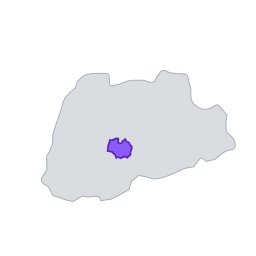 Athang, Wangdi Phodrang, Bhutan shown in context, rotated 343°
{"feature_id": "84629894B35951750591258", "entity_name": "Athang", "entity_type": "district", "adm_level": 2, "iso_a3": "BTN", "parent_name": "Bhutan", "parent_adm1": "Wangdi Phodrang", "projection": "equal_earth", "projection_center": [90.199, 27.286], "detail": "fine", "context": "in_parent", "style": "filled", "palette": "violet", "viewbox_px": 256, "rotation_deg": 343, "n_neighbors": 0, "source": "geoboundaries", "source_scale": "gbopen_adm2", "svg_char_len": 5233}
<svg xmlns="http://www.w3.org/2000/svg" viewBox="0 0 256 256"><g transform="rotate(343 128 128)"><path d="M199.7,108.0L199.4,109.7L197.7,114.5L196.7,119.6L197.6,123.8L201.3,128.9L206.4,132.9L212.7,133.2L218.6,131.7L220.9,132.3L224.2,139.0L226.4,144.8L223.4,150.8L221.8,156.1L221.2,159.9L221.6,161.5L223.5,164.5L225.7,169.7L226.0,174.4L224.7,177.6L221.6,179.2L218.4,178.7L215.7,178.8L212.4,179.3L207.2,181.1L202.4,183.3L193.3,182.9L189.6,178.2L187.9,178.2L179.7,184.3L170.7,183.2L154.3,185.2L147.4,185.7L140.4,185.0L136.8,183.8L130.2,179.5L124.2,176.4L118.1,179.2L116.0,179.7L111.1,187.1L100.4,189.5L89.9,191.3L86.7,190.3L80.8,189.8L80.6,188.1L80.7,186.5L79.4,185.1L77.0,183.8L72.8,183.2L67.5,181.4L64.4,179.7L53.6,182.2L47.3,178.4L40.1,173.1L36.5,170.8L35.2,162.6L33.9,159.9L31.1,157.1L29.6,153.9L30.8,150.5L38.0,144.3L38.6,142.8L41.9,131.2L46.5,127.0L51.1,121.1L54.5,111.8L61.1,102.2L68.4,92.4L73.4,84.4L76.7,80.7L83.5,76.7L89.2,74.4L93.1,69.0L97.9,66.1L102.8,64.7L110.0,65.5L116.8,67.4L124.3,70.0L125.2,72.2L124.5,75.9L123.4,79.8L123.4,81.8L124.6,82.8L131.9,83.6L140.8,83.0L145.9,83.5L157.1,87.0L160.3,89.6L163.8,91.5L167.1,91.1L171.3,87.0L175.8,83.5L178.5,83.0L180.5,84.1L184.1,87.4L191.5,90.6L198.1,92.9L200.2,95.1L199.5,104.7L199.7,108.0Z" fill="#d9dde1" stroke="#a8b0b8" stroke-width="1"/><path d="M113.3,134.3L113.0,134.3L112.6,134.3L112.4,134.5L112.2,134.6L111.8,134.5L111.7,134.6L111.2,135.2L110.8,135.2L110.7,135.2L110.4,135.2L110.3,135.3L110.1,135.4L110.0,135.2L110.0,134.9L110.0,134.7L109.8,134.7L109.6,134.7L109.4,134.7L108.9,134.8L108.6,134.7L108.2,134.7L108.0,134.8L107.8,134.8L107.7,134.7L107.4,134.4L107.1,134.1L107.0,134.3L107.0,134.5L107.0,134.8L106.9,135.0L106.5,135.6L106.5,136.0L106.3,136.0L106.1,136.0L105.9,136.1L105.7,136.3L105.3,136.7L105.2,136.9L105.2,137.2L105.2,137.4L105.2,137.6L105.1,137.8L105.1,138.0L104.9,138.1L104.6,138.3L104.4,138.3L104.2,138.5L104.0,138.9L103.7,139.4L103.7,139.5L103.6,139.8L103.4,140.1L103.2,140.2L103.3,140.3L103.4,140.5L103.4,140.8L103.3,141.0L103.2,141.4L103.2,141.5L102.8,141.8L102.7,141.9L102.6,142.2L102.5,142.3L102.4,142.6L102.2,142.8L102.1,143.0L101.8,143.5L101.7,143.7L101.7,144.1L101.9,144.1L102.5,144.4L102.8,144.5L103.1,144.7L103.6,144.9L103.8,145.0L103.9,145.4L104.0,145.5L105.1,145.9L105.4,146.0L105.8,146.2L106.0,146.3L106.2,146.5L106.0,146.9L106.0,147.0L106.3,147.3L106.3,147.6L106.3,147.8L106.6,147.9L106.9,148.1L107.0,148.3L107.0,148.6L107.1,148.8L107.3,148.7L107.5,148.8L107.6,149.3L107.8,149.4L107.9,149.6L107.9,149.8L108.0,150.3L108.0,150.7L108.0,150.8L107.8,151.1L107.9,151.3L108.0,151.5L107.9,151.7L108.0,151.8L108.1,152.3L108.0,152.6L108.0,152.8L108.0,153.2L108.3,153.0L108.4,152.9L108.5,152.9L108.8,152.7L109.0,152.7L109.8,153.0L110.1,153.2L110.4,153.3L110.6,153.5L110.8,153.7L110.8,153.8L111.1,153.9L111.5,154.1L111.7,154.3L112.0,154.4L112.1,154.5L112.2,154.8L112.3,154.9L112.6,154.8L112.8,154.9L113.1,154.8L113.2,154.7L113.4,154.5L113.5,154.4L113.7,154.5L113.9,154.5L114.0,154.4L114.3,154.4L114.5,154.4L114.7,154.5L115.0,154.5L115.3,154.5L115.3,154.4L115.5,154.1L115.6,153.9L115.8,154.0L116.1,153.9L116.3,153.9L116.4,154.2L116.5,154.4L116.8,154.6L117.1,154.8L117.2,155.1L117.3,155.2L117.5,155.3L117.6,155.2L117.8,155.3L117.9,155.5L118.2,155.8L118.3,155.9L118.4,156.1L118.5,156.3L118.7,156.2L118.9,156.2L119.0,156.2L119.0,155.9L119.1,155.7L119.3,155.3L119.5,155.1L119.9,155.3L120.0,155.3L120.4,155.4L120.6,155.2L120.7,154.9L121.0,154.8L121.1,154.7L121.3,154.7L121.5,154.9L121.6,154.7L121.8,154.6L122.1,154.4L122.3,154.3L122.4,154.2L122.5,154.1L122.6,153.9L122.7,153.5L122.7,153.4L123.1,153.5L123.1,153.3L122.9,152.8L122.9,152.6L122.9,152.2L123.0,151.9L123.2,151.7L123.6,151.4L123.8,151.2L124.0,150.9L124.3,150.7L124.6,150.3L124.5,150.2L124.5,149.9L124.5,149.7L125.1,149.1L125.3,149.0L125.4,148.8L125.5,148.8L125.5,148.7L125.8,148.5L125.9,148.3L125.9,148.0L125.8,147.8L125.8,147.6L125.8,147.4L125.9,147.2L126.0,147.1L125.9,146.7L125.8,146.4L126.0,146.3L126.1,146.2L125.9,146.0L125.7,146.0L125.6,145.9L125.6,145.7L125.4,145.6L125.1,145.5L125.0,145.4L125.2,144.9L125.2,144.6L125.0,144.4L125.0,144.2L125.0,143.8L124.8,143.5L124.8,143.3L124.8,143.2L125.0,142.9L124.9,142.7L124.6,142.5L124.6,142.4L124.5,142.2L124.4,142.0L124.4,141.8L124.3,141.7L124.2,141.7L123.8,141.5L123.6,141.1L123.4,140.9L123.2,140.9L122.9,140.5L122.7,140.4L122.2,139.7L122.2,138.9L122.3,138.7L122.5,138.5L122.5,138.4L122.4,138.1L122.2,138.1L122.1,137.9L121.8,137.8L121.8,137.7L121.6,137.8L121.3,138.0L121.2,138.0L120.7,138.3L120.4,138.5L120.2,138.6L119.8,138.8L119.6,138.9L119.4,138.9L118.8,138.8L118.6,138.8L118.5,139.1L118.6,139.7L118.6,139.9L118.6,140.0L118.4,140.2L118.1,140.2L117.9,140.2L117.8,140.3L117.7,140.4L117.4,140.5L117.0,140.6L116.7,140.7L116.3,140.4L116.2,140.4L115.8,140.3L115.7,140.2L115.4,140.2L115.0,140.1L114.9,139.6L114.8,139.4L114.6,139.0L114.4,138.8L114.1,138.6L114.4,138.4L114.6,138.3L114.5,138.1L114.6,137.9L114.8,137.8L114.8,137.7L115.0,137.6L115.1,137.4L115.1,137.2L115.3,136.9L115.3,136.7L115.5,136.6L115.5,136.4L115.4,136.4L115.5,136.0L115.6,135.9L115.7,135.7L115.7,135.2L115.4,134.9L115.2,134.8L114.9,134.8L114.6,134.9L114.5,135.0L114.3,135.1L114.1,135.2L113.9,134.7L113.7,134.4L113.3,134.3Z" fill="#8b5cf6" stroke="#5b21b6" stroke-width="1.5"/></g></svg>